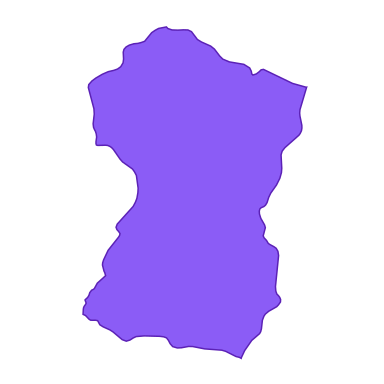 the Region of Libertador General Bernardo O'Higgins, rotated 273°
{"feature_id": "CHL-2703", "entity_name": "Libertador General Bernardo O'Higgins", "entity_type": "Region", "adm_level": 1, "iso_a3": "CHL", "parent_name": "Chile", "parent_adm1": "", "projection": "orthographic", "projection_center": [-71.138, -34.463], "detail": "fine", "context": "isolated", "style": "filled", "palette": "violet", "viewbox_px": 384, "rotation_deg": 273, "n_neighbors": 0, "source": "natural_earth", "source_scale": "10m", "svg_char_len": 2453}
<svg xmlns="http://www.w3.org/2000/svg" viewBox="0 0 384 384"><g transform="rotate(273 192 192)"><path d="M355.5,157.8L354.0,159.3L352.8,163.6L352.9,169.4L353.5,175.1L353.6,179.5L352.1,183.1L344.6,189.4L342.3,193.6L338.7,203.0L335.9,206.9L329.3,212.5L326.3,215.8L323.9,222.4L322.2,237.1L318.9,243.1L315.7,244.9L313.1,245.5L312.0,246.7L313.3,250.1L315.7,252.9L317.6,254.6L318.2,256.9L305.7,286.7L302.6,300.5L302.7,301.0L279.8,295.5L276.4,295.4L273.6,295.8L264.3,298.2L261.6,298.4L258.9,298.1L256.2,297.0L254.7,296.1L254.0,295.5L241.1,282.4L237.5,279.9L233.7,279.0L220.4,280.4L216.1,280.3L210.3,279.0L203.4,276.0L195.0,270.7L190.7,268.9L185.3,267.5L182.7,266.1L181.2,264.5L180.1,262.2L179.3,261.2L178.5,260.6L176.4,260.2L173.6,260.5L169.3,262.1L162.9,266.2L160.2,267.1L151.9,265.4L150.0,266.4L147.7,268.8L146.6,269.6L145.0,270.6L143.9,272.0L141.6,276.8L140.2,279.0L137.3,280.9L133.1,281.8L101.9,280.3L97.4,280.9L94.5,282.1L93.1,283.7L91.4,285.1L89.3,286.1L86.8,286.1L83.9,284.3L81.9,282.6L76.9,274.8L73.9,271.6L71.7,270.3L67.6,269.0L59.0,268.5L56.1,267.9L54.1,266.9L46.9,259.4L36.4,252.9L28.8,249.8L28.5,249.8L29.4,247.8L30.0,244.6L34.7,233.8L35.6,230.0L36.0,212.8L37.7,200.9L37.6,196.7L35.9,189.6L35.5,185.5L36.6,180.8L39.4,178.1L42.5,176.3L45.0,174.2L45.9,171.3L46.2,167.4L45.8,151.8L44.7,143.8L43.2,141.0L40.9,137.8L39.6,134.2L40.9,130.0L48.1,120.5L50.0,117.2L52.7,110.3L54.6,106.9L58.6,104.5L58.9,102.1L58.7,99.5L58.7,97.4L59.5,95.9L63.1,92.1L64.1,89.6L64.3,89.6L69.3,89.6L70.9,89.8L72.2,90.3L74.2,91.6L75.4,92.1L76.9,91.6L77.9,91.0L78.8,90.9L80.7,92.8L81.9,93.7L83.5,94.5L86.2,95.2L88.7,96.9L89.7,98.8L90.6,99.6L96.0,102.2L103.9,110.1L106.9,109.1L108.3,108.3L114.4,106.4L116.6,106.5L119.7,107.3L129.4,111.3L143.2,121.1L144.9,122.0L146.7,122.3L148.7,120.8L150.5,119.0L152.8,118.0L156.0,119.0L174.5,134.0L178.8,136.0L182.8,137.3L188.5,138.0L193.0,138.0L205.6,135.6L209.0,133.6L211.8,131.4L218.3,121.2L221.0,118.5L230.3,111.3L232.2,109.3L233.3,107.5L234.1,105.2L234.2,102.5L234.1,102.2L233.6,95.4L233.9,94.1L235.2,93.6L237.3,93.5L241.9,93.9L245.1,93.3L247.5,92.4L249.3,91.3L251.4,90.3L254.9,89.7L264.7,90.3L270.0,89.7L290.9,83.0L293.9,83.3L297.7,86.3L300.9,90.2L304.9,96.3L307.8,102.1L309.4,107.6L310.9,111.2L313.4,114.3L317.4,116.4L321.2,116.7L328.1,116.0L330.9,116.6L333.4,118.6L335.4,121.7L337.0,126.2L337.6,130.3L338.6,133.4L340.0,136.8L349.0,143.4L351.6,146.8L353.6,150.1L355.5,157.8Z" fill="#8b5cf6" stroke="#5b21b6" stroke-width="1.5"/></g></svg>